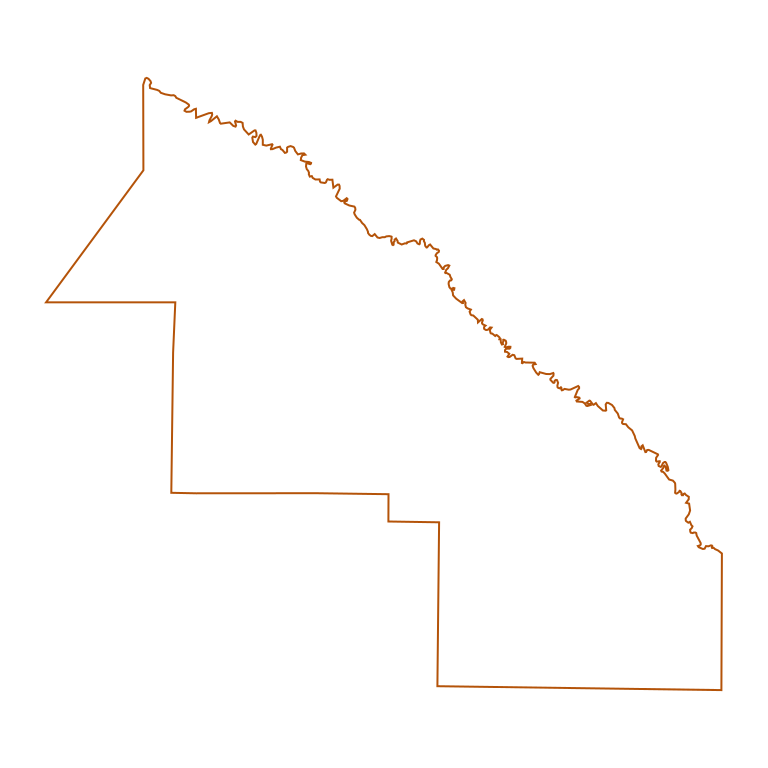 outline of General Güemes, Chaco, Argentina
{"feature_id": "61730980B25522786884862", "entity_name": "General Güemes", "entity_type": "district", "adm_level": 2, "iso_a3": "ARG", "parent_name": "Argentina", "parent_adm1": "Chaco", "projection": "robinson", "projection_center": [-61.125, -25.104], "detail": "fine", "context": "isolated", "style": "outline", "palette": "amber", "viewbox_px": 768, "rotation_deg": 0, "n_neighbors": 0, "source": "geoboundaries", "source_scale": "gbopen_adm2", "svg_char_len": 6110}
<svg xmlns="http://www.w3.org/2000/svg" viewBox="0 0 768 768"><path d="M721.4,690.1L721.9,553.5L718.1,550.5L715.0,549.1L713.6,547.8L712.1,548.0L711.8,547.3L712.3,546.1L711.8,545.5L710.8,545.4L708.5,546.3L706.0,546.1L704.6,548.7L702.9,549.0L698.7,547.2L697.9,546.0L699.9,545.4L700.7,544.6L700.7,543.1L696.7,535.6L696.2,533.0L695.3,532.5L693.8,532.5L692.8,533.1L690.8,532.7L690.3,531.7L690.1,529.7L691.8,528.0L692.5,526.3L691.4,525.2L689.9,521.8L688.3,522.7L686.0,521.0L685.7,520.1L685.7,518.5L688.8,514.3L690.1,510.5L689.1,503.6L686.1,502.8L688.7,499.3L688.8,496.8L686.0,495.0L684.7,493.5L683.5,494.0L683.0,495.2L681.9,495.2L681.4,494.3L681.5,492.9L680.3,491.0L679.6,490.8L679.0,492.0L676.8,493.5L676.2,493.6L675.1,492.8L675.4,489.5L675.2,483.8L674.8,482.7L672.9,480.6L669.1,479.5L664.6,473.3L663.0,471.8L661.6,471.6L661.1,470.6L663.3,467.9L664.1,465.8L664.5,465.6L665.8,467.2L666.5,470.6L667.7,470.8L668.4,470.2L667.8,466.9L666.1,462.8L665.4,462.0L664.5,462.0L663.0,463.1L661.4,466.5L660.7,466.9L658.7,466.0L658.3,464.3L659.8,461.9L659.7,461.2L656.7,461.6L656.0,460.8L656.1,457.8L658.1,454.9L657.9,454.3L648.7,449.9L647.2,450.0L646.1,452.0L645.4,452.1L642.7,445.3L641.4,446.4L641.5,448.6L641.1,449.1L639.6,448.1L635.3,438.4L634.8,436.1L632.1,430.4L628.3,427.3L625.9,424.2L623.1,424.0L622.2,423.3L622.0,422.2L623.1,419.3L621.8,418.6L620.1,418.5L619.1,417.5L617.8,413.6L614.8,409.9L614.4,408.0L612.0,405.0L608.3,402.9L606.8,402.8L605.7,404.4L606.2,410.3L605.7,410.7L602.9,410.5L597.8,406.0L595.9,403.1L593.6,404.8L593.0,404.6L590.1,400.8L589.4,400.6L586.7,402.6L588.3,404.1L590.1,404.0L590.7,405.0L587.4,406.0L586.4,405.8L584.7,403.4L582.5,401.9L576.8,401.5L576.4,400.6L579.6,398.5L579.4,397.7L578.9,397.5L576.7,397.1L575.2,397.4L574.8,397.1L577.7,390.0L579.1,388.4L579.1,387.0L578.2,386.0L570.6,389.5L568.8,389.7L564.5,388.9L562.8,390.1L561.8,390.3L561.3,389.4L561.5,388.1L560.9,387.3L559.6,388.3L558.2,387.9L557.5,387.1L557.4,385.4L558.1,382.8L557.0,380.1L555.9,379.9L554.7,380.7L554.5,382.4L553.9,382.9L553.1,382.7L550.4,379.8L550.4,378.9L553.4,375.7L553.6,373.7L553.3,373.0L549.9,374.1L546.2,374.0L539.7,372.2L538.9,374.3L538.3,374.8L536.2,372.6L533.4,368.1L532.6,365.8L532.9,365.0L533.9,364.4L535.6,364.1L534.7,362.7L525.5,362.5L523.9,362.0L522.4,363.2L521.9,363.0L522.2,358.6L516.6,358.9L515.6,358.4L514.3,355.2L512.6,354.8L509.6,357.0L508.3,357.1L507.5,356.6L509.3,353.8L507.1,352.0L505.0,351.7L505.0,350.1L506.2,348.7L509.5,348.7L510.3,347.9L510.4,346.8L508.7,346.7L505.8,347.4L504.7,346.9L506.2,343.5L506.2,342.2L505.7,340.7L503.8,339.7L503.3,339.8L503.3,341.4L502.7,342.8L503.0,344.2L501.9,344.5L500.9,342.5L500.6,339.2L499.4,339.2L499.8,338.0L499.3,337.2L497.1,335.3L496.3,335.0L495.2,336.0L492.3,333.6L491.1,333.5L490.5,332.9L489.8,329.9L491.5,327.6L490.1,327.4L488.2,329.5L486.9,330.0L485.7,329.9L484.2,328.9L484.0,327.9L484.3,326.6L485.5,325.6L482.8,324.3L482.1,323.5L482.0,322.5L482.8,320.3L482.5,319.3L481.8,319.0L478.0,322.4L477.8,319.7L473.3,315.5L471.4,315.2L470.6,314.5L469.6,311.7L470.9,309.6L467.6,308.4L465.9,307.2L465.3,304.7L465.6,302.9L464.0,300.1L462.6,301.3L463.0,303.0L462.2,303.1L456.2,298.7L453.1,295.4L452.7,292.3L451.8,290.4L452.4,289.9L454.1,289.8L454.4,288.2L453.2,287.9L452.6,288.6L450.6,288.7L449.4,287.2L448.6,283.9L448.8,282.0L450.0,280.5L451.3,280.3L451.8,279.2L450.5,277.1L449.7,274.7L446.4,272.9L445.6,273.1L445.1,272.7L446.3,269.7L447.9,268.3L449.3,265.6L448.1,265.1L445.2,265.9L443.8,267.3L443.6,269.0L442.6,269.0L438.9,263.7L436.3,262.0L437.0,260.2L437.2,258.0L436.8,256.9L435.6,255.9L435.6,255.2L436.8,253.3L438.8,251.9L439.0,250.7L437.9,249.4L436.8,249.7L435.9,249.0L433.4,248.5L430.1,244.5L429.0,245.1L427.1,247.4L426.5,247.5L425.2,245.8L424.8,242.7L423.9,241.2L424.0,239.9L422.3,238.6L420.5,239.5L419.9,241.5L419.8,243.8L419.2,244.3L417.5,243.5L416.1,241.3L414.0,240.3L407.1,242.4L407.1,243.0L406.5,243.5L405.0,243.3L401.7,244.5L397.8,242.6L397.6,241.0L396.0,238.5L394.6,239.6L394.6,241.2L393.7,242.1L393.6,244.7L393.0,245.1L392.3,244.7L391.1,240.8L391.6,238.6L391.6,236.7L391.2,236.5L389.2,236.1L386.3,236.4L384.8,237.2L382.3,237.2L379.6,238.0L377.5,237.5L374.7,234.1L372.3,236.1L370.9,235.9L369.3,234.7L368.0,232.9L368.0,231.8L366.9,229.2L364.4,225.1L362.1,223.0L360.0,219.9L359.2,219.8L356.8,217.7L354.7,214.4L354.1,212.7L355.4,209.8L355.2,207.9L354.4,206.6L349.3,205.5L344.8,203.4L344.3,202.7L344.9,201.6L346.9,200.8L347.5,199.0L346.7,198.2L343.3,200.8L341.2,201.2L336.8,197.8L336.0,196.4L339.7,188.7L339.6,186.0L339.0,184.6L337.6,184.6L333.4,187.7L332.4,179.7L329.5,179.8L327.7,179.2L327.0,179.8L325.9,182.4L324.8,183.0L322.9,182.7L320.8,182.4L320.0,181.6L319.6,179.4L315.4,179.5L312.7,177.9L311.8,176.1L309.8,176.6L308.8,174.2L309.0,172.8L308.2,170.8L306.8,169.2L306.0,166.5L306.3,163.6L306.9,163.2L310.2,164.2L311.0,163.6L311.1,162.9L308.9,162.0L304.8,161.6L300.8,160.1L301.1,157.7L302.4,155.2L305.3,154.7L304.0,153.4L301.1,153.5L297.9,154.4L295.3,151.0L294.0,147.7L293.2,147.0L290.6,146.1L288.0,146.9L287.1,147.6L287.1,151.7L286.3,152.5L284.9,152.9L282.4,149.9L281.0,149.2L279.9,146.7L276.1,147.6L272.6,149.1L270.9,149.2L270.8,148.7L272.5,144.7L272.1,144.2L266.3,145.6L262.8,144.8L262.8,139.7L262.0,136.7L260.9,134.7L260.4,134.8L259.4,136.6L256.2,144.0L255.3,144.6L253.0,142.0L252.3,137.7L252.9,136.6L255.4,137.1L256.5,135.9L256.4,132.9L255.5,130.4L254.5,130.4L248.7,134.5L244.0,129.4L242.9,126.5L242.6,122.9L240.7,121.9L237.7,121.9L235.6,120.7L235.0,121.4L236.1,125.5L235.5,126.6L233.3,125.9L229.7,122.4L220.8,123.7L220.0,123.0L218.8,119.5L216.9,116.3L211.0,121.1L209.0,122.2L209.5,120.2L211.7,116.2L212.2,114.5L211.9,112.9L208.8,113.2L196.1,117.8L195.9,108.8L194.1,109.3L191.1,111.4L189.6,111.7L186.4,111.8L184.5,110.7L185.0,109.3L188.3,106.9L189.1,105.8L188.8,104.6L185.9,102.5L176.3,97.8L175.3,96.1L173.7,95.2L171.1,95.4L165.1,94.3L160.8,92.8L159.3,90.9L157.1,89.9L150.1,88.1L149.7,85.1L151.1,82.9L150.5,81.1L148.5,78.8L146.7,77.9L145.3,78.5L143.2,84.9L143.4,170.3L46.1,302.3L175.3,302.3L173.1,352.6L171.3,492.8L196.1,493.3L316.2,493.2L388.5,494.2L388.4,521.5L439.1,522.3L437.4,686.2L721.4,690.1Z" fill="none" stroke="#b45309" stroke-width="2"/></svg>